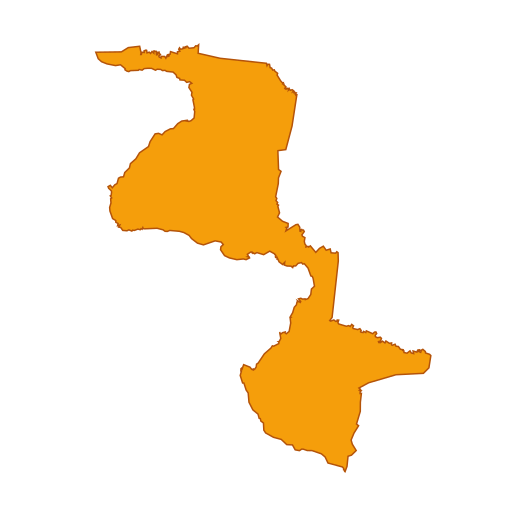 Misamis Oriental, Misamis Oriental, Philippines, rotated 278°
{"feature_id": "2640588B53733148454792", "entity_name": "Misamis Oriental", "entity_type": "district", "adm_level": 2, "iso_a3": "PHL", "parent_name": "Philippines", "parent_adm1": "Misamis Oriental", "projection": "mercator", "projection_center": [124.765, 8.627], "detail": "fine", "context": "isolated", "style": "filled", "palette": "amber", "viewbox_px": 512, "rotation_deg": 278, "n_neighbors": 0, "source": "geoboundaries", "source_scale": "gbopen_adm2", "svg_char_len": 6129}
<svg xmlns="http://www.w3.org/2000/svg" viewBox="0 0 512 512"><g transform="rotate(278 256 256)"><path d="M435.5,69.0L429.4,72.3L426.9,76.0L425.5,81.7L425.0,90.4L426.5,95.2L423.3,100.4L422.2,100.3L421.1,102.5L420.9,104.4L422.1,105.9L423.5,113.6L424.4,114.3L424.2,117.4L426.0,119.2L426.8,122.6L427.3,126.4L426.0,130.6L427.2,132.2L427.5,135.7L426.6,137.6L427.2,140.0L426.4,141.8L426.6,148.3L424.3,151.6L421.9,152.8L421.2,155.7L419.8,156.2L420.1,160.7L418.3,163.2L419.4,166.1L418.1,168.4L416.7,166.2L413.5,166.1L409.2,169.8L406.3,169.7L402.7,172.4L401.9,171.8L394.8,174.3L392.8,174.7L392.6,174.1L390.6,175.2L384.1,175.5L381.0,172.9L379.9,170.9L380.0,168.7L380.6,169.5L380.9,169.2L379.3,163.7L376.2,160.1L370.7,156.5L370.0,153.5L366.6,148.7L362.9,146.1L363.9,142.4L362.9,139.1L354.5,135.2L349.4,134.3L342.0,126.3L335.5,123.5L330.0,118.8L325.6,118.4L320.4,114.4L316.0,113.8L315.3,110.8L313.9,109.0L308.4,108.3L306.9,106.3L303.6,104.2L305.7,101.9L304.1,99.8L302.5,100.7L300.4,103.7L299.0,104.1L295.9,104.1L295.3,103.3L293.4,105.0L292.5,104.1L288.3,105.0L283.7,104.3L280.2,105.1L273.1,108.8L271.6,112.2L269.9,112.5L269.0,114.9L266.7,114.7L267.7,116.8L265.5,116.0L265.4,118.0L262.8,120.5L263.0,124.7L264.2,126.5L263.4,129.6L264.4,130.2L264.4,132.0L266.2,135.3L265.9,137.7L267.1,138.4L266.6,139.5L268.3,140.0L267.4,140.5L267.4,141.8L269.7,154.2L269.0,160.3L267.8,162.5L268.0,164.8L269.3,167.0L269.8,176.7L269.2,181.3L267.1,186.9L264.3,189.7L260.6,196.2L259.7,202.4L265.3,213.4L265.0,219.5L262.8,222.0L260.3,220.0L257.3,220.0L252.0,224.8L250.4,229.9L249.7,237.5L251.3,243.9L251.0,246.7L253.2,249.9L254.1,249.4L254.2,247.9L254.6,248.6L256.5,247.2L259.1,250.1L259.4,251.5L258.7,252.5L258.4,252.1L258.2,252.5L258.7,252.8L258.0,254.4L259.5,256.4L258.4,263.4L262.7,268.9L260.7,274.1L260.1,274.7L259.4,274.1L260.1,274.7L259.3,275.6L257.8,275.3L256.9,276.1L258.1,275.8L256.9,277.3L256.0,277.2L255.2,277.2L256.9,277.4L253.4,279.7L251.3,283.5L253.7,285.3L251.0,285.2L250.4,288.1L250.8,292.0L250.0,293.4L250.6,293.2L250.6,294.6L251.5,294.7L251.7,296.7L254.6,298.7L255.8,302.0L254.5,303.4L255.1,304.9L251.3,309.2L243.9,313.1L243.6,314.6L241.7,315.7L234.2,318.1L231.0,315.5L225.5,315.6L221.1,313.5L219.7,310.9L220.4,310.6L219.8,308.1L220.4,306.3L219.5,304.1L217.1,306.6L216.2,306.3L217.4,303.5L216.6,304.1L216.2,303.0L213.2,302.8L210.5,301.0L205.0,300.2L200.3,298.3L200.1,299.1L199.5,298.4L194.5,299.7L185.9,299.3L183.2,296.8L184.1,295.3L184.8,295.4L183.8,293.0L181.8,291.1L182.6,290.9L183.4,290.3L183.3,290.2L177.8,292.0L174.6,290.9L174.3,290.1L174.0,290.7L172.4,290.7L169.2,286.1L169.3,284.7L166.9,283.6L160.3,277.9L150.2,273.0L149.0,271.6L146.0,271.6L143.7,270.4L143.8,269.1L142.8,269.3L143.1,267.6L145.1,265.5L146.7,258.9L141.3,257.8L143.3,257.7L142.3,256.8L140.1,257.0L140.1,257.6L135.5,257.0L128.4,260.4L128.5,261.7L121.9,264.9L119.3,267.3L110.2,269.4L103.2,274.3L99.7,280.0L95.7,281.7L95.6,282.9L93.2,283.8L91.7,286.6L84.6,288.0L82.1,290.2L78.9,298.5L77.9,306.5L73.5,312.7L74.0,318.4L69.5,321.8L69.3,326.1L71.1,328.1L71.3,329.7L70.5,333.8L71.1,338.6L69.2,348.3L66.6,352.4L61.0,356.1L59.1,371.0L57.8,372.4L56.5,372.5L56.3,373.4L55.1,373.7L54.8,374.2L60.3,375.4L70.5,375.0L72.1,378.3L77.3,382.3L83.0,377.6L87.0,375.8L94.3,377.7L102.2,381.2L103.6,378.9L116.7,380.9L125.8,379.7L134.6,379.5L134.3,378.2L136.0,378.0L137.2,378.9L137.5,377.1L138.5,378.0L139.6,376.3L146.2,385.3L157.9,411.1L163.1,438.1L169.3,442.8L181.7,443.0L182.8,441.6L183.6,437.4L185.0,437.0L186.8,434.2L185.8,432.9L183.5,432.5L184.3,430.0L185.6,431.5L185.9,430.8L185.3,429.2L183.2,428.7L183.8,424.8L181.3,425.7L181.6,423.2L183.5,421.7L180.8,419.1L181.0,416.0L182.7,415.6L182.9,414.5L183.7,414.7L183.7,412.0L186.2,409.6L186.1,407.2L188.0,406.0L186.5,403.3L187.0,402.5L188.8,402.4L188.1,400.3L189.9,396.5L187.9,395.8L189.3,393.0L187.5,391.2L187.4,389.6L188.3,389.2L189.1,391.1L191.9,391.7L192.9,390.4L192.0,387.5L192.7,385.5L194.1,385.1L196.0,386.3L197.5,385.3L197.1,383.9L195.3,382.5L197.2,375.7L195.5,375.4L196.3,373.0L195.1,372.7L195.1,370.7L195.5,370.1L196.9,370.5L198.5,369.0L197.3,366.9L197.7,362.3L198.7,361.7L200.4,362.3L201.6,360.3L199.3,359.1L200.0,357.5L199.0,355.3L200.2,347.4L201.3,346.4L204.0,346.8L203.9,345.3L202.7,345.1L202.3,344.1L203.5,342.0L201.9,339.0L202.3,338.0L205.8,339.9L262.5,338.2L270.7,336.8L271.5,335.4L269.9,334.5L269.6,329.9L273.3,328.5L271.5,324.7L275.1,321.3L272.4,317.8L267.9,314.7L273.6,308.4L272.2,306.9L272.8,306.1L271.9,304.2L273.3,304.2L274.8,302.7L277.2,301.8L281.0,301.9L282.0,299.3L283.3,298.5L286.9,300.4L288.3,299.4L288.1,298.2L288.7,297.6L288.1,296.5L286.6,296.9L286.7,296.1L290.6,295.3L293.2,293.1L292.6,291.2L285.0,282.1L287.9,282.7L288.5,281.8L289.2,283.7L292.7,283.3L294.1,277.4L297.6,271.9L302.0,273.3L308.3,270.7L309.5,271.2L310.3,269.5L312.0,270.0L313.6,268.1L315.9,268.6L317.4,267.2L330.7,268.0L336.5,267.4L343.3,269.0L344.8,266.3L362.7,263.1L363.4,263.1L365.5,270.7L389.6,273.6L421.0,274.0L420.5,273.3L421.5,272.5L421.8,273.4L422.5,272.5L423.1,272.9L423.0,271.0L423.8,271.4L424.5,270.5L424.0,269.8L424.9,270.2L425.7,268.7L424.9,267.0L425.9,265.9L425.0,265.2L426.6,265.4L426.4,264.6L425.6,264.8L426.5,263.3L425.3,262.5L425.9,261.2L427.8,262.0L429.2,259.9L430.1,259.8L430.1,258.5L431.4,258.8L431.2,258.0L432.9,256.0L438.1,251.7L439.9,252.0L441.7,248.9L442.9,248.2L442.4,246.7L444.3,245.3L444.5,243.8L447.7,242.7L447.5,240.9L446.1,240.4L448.3,239.5L446.8,192.9L448.7,170.5L457.2,169.8L455.8,168.6L455.8,167.1L453.6,165.6L452.4,160.8L454.2,158.6L453.4,157.1L452.6,157.6L451.8,156.0L452.7,155.7L452.6,154.9L451.2,154.8L450.6,153.6L450.3,152.4L451.5,151.3L450.0,150.7L448.2,152.1L447.3,149.8L445.3,150.1L446.5,142.9L443.9,142.9L443.3,141.2L442.1,142.1L441.5,141.3L442.7,141.2L442.7,140.2L439.3,139.2L440.9,137.8L440.5,134.3L438.9,134.4L439.6,132.4L440.5,131.9L442.2,133.3L443.4,131.8L444.4,131.7L444.1,130.3L441.8,130.5L441.4,129.5L444.8,128.7L444.6,126.7L445.5,126.3L442.6,126.6L444.1,124.6L441.9,123.4L443.0,121.9L442.0,119.8L444.4,119.1L444.6,118.4L443.6,116.6L442.0,117.0L441.9,114.7L439.6,114.4L439.5,113.8L441.2,113.9L447.5,111.6L444.6,100.5L439.4,94.3L435.5,69.0Z" fill="#f59e0b" stroke="#b45309" stroke-width="1.5"/></g></svg>